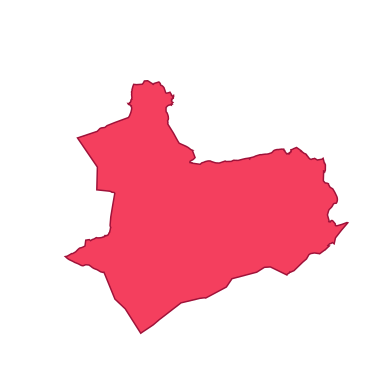 the district of Huaniqueo, Michoacán, Mexico, rotated 163°
{"feature_id": "50627088B18619680488103", "entity_name": "Huaniqueo", "entity_type": "district", "adm_level": 2, "iso_a3": "MEX", "parent_name": "Mexico", "parent_adm1": "Michoacán", "projection": "robinson", "projection_center": [-101.528, 19.878], "detail": "fine", "context": "isolated", "style": "filled", "palette": "rose", "viewbox_px": 384, "rotation_deg": 163, "n_neighbors": 0, "source": "geoboundaries", "source_scale": "gbopen_adm2", "svg_char_len": 5768}
<svg xmlns="http://www.w3.org/2000/svg" viewBox="0 0 384 384"><g transform="rotate(163 192 192)"><path d="M285.7,277.2L275.2,243.5L282.4,221.9L270.6,216.9L269.6,216.2L269.1,215.8L268.7,215.2L267.5,214.7L267.2,214.6L266.5,214.2L266.4,213.9L266.2,213.3L266.9,212.0L272.2,201.5L277.0,191.8L280.0,184.3L280.2,183.5L280.1,181.7L280.5,181.4L280.7,180.8L281.0,180.4L281.3,179.7L282.2,178.3L282.3,177.8L283.0,177.4L284.6,175.6L285.0,175.6L285.5,175.3L286.4,175.2L286.7,175.5L287.3,175.5L287.6,175.2L288.0,175.4L288.1,175.7L288.8,175.3L289.0,174.9L290.1,174.9L290.4,175.0L290.6,174.8L291.7,174.9L293.4,175.1L295.0,175.5L296.2,175.9L296.6,176.3L297.2,176.3L298.6,175.9L299.8,175.7L301.3,175.7L303.2,175.1L303.3,175.2L304.1,176.5L307.7,177.0L310.1,171.7L311.3,171.4L313.4,171.1L316.0,171.2L317.8,170.4L320.7,168.8L324.1,168.0L325.3,168.3L326.6,167.9L330.2,167.1L332.0,167.3L330.6,164.9L329.1,163.1L326.1,160.4L324.8,159.0L321.7,156.5L319.3,154.1L317.8,153.3L314.8,153.5L311.9,152.3L310.6,150.7L309.3,148.8L308.0,147.4L305.4,145.4L302.7,142.4L300.6,141.1L299.7,141.1L299.5,139.6L297.0,112.1L290.0,99.8L282.3,71.9L281.2,72.3L267.9,76.3L260.6,79.5L234.9,89.2L215.5,88.0L211.0,87.2L209.9,86.6L186.9,91.1L179.1,97.4L153.5,96.4L144.8,98.8L138.9,97.4L125.5,84.9L125.0,85.5L124.6,85.7L123.0,86.0L122.3,86.5L121.9,86.9L121.4,86.5L117.4,87.0L106.7,92.5L102.1,94.5L98.5,97.9L96.6,98.4L92.7,97.9L88.9,96.1L88.6,96.1L88.0,95.6L82.1,97.7L81.9,97.6L76.5,100.3L77.6,101.1L75.4,102.3L74.5,102.1L72.5,102.6L71.2,100.9L69.0,104.8L68.2,106.2L60.2,111.8L52.0,117.0L52.7,117.5L58.2,117.2L63.4,117.3L64.6,118.0L64.3,119.6L65.1,121.6L65.8,123.2L66.5,123.9L67.4,123.9L68.4,123.0L69.1,123.3L69.4,123.3L69.9,123.7L69.3,124.5L69.2,130.5L67.0,133.9L66.0,135.1L63.5,136.4L62.7,136.9L61.5,137.9L60.6,138.9L60.2,139.2L59.7,139.4L59.2,139.4L58.8,139.4L57.8,139.2L57.5,139.1L57.2,139.2L57.0,139.4L56.7,139.6L56.4,140.0L55.7,141.0L55.3,141.9L55.1,142.5L55.0,142.9L54.9,143.7L54.8,144.6L54.9,145.8L55.1,147.1L55.4,149.1L55.7,150.7L56.5,153.9L57.8,155.3L58.7,156.5L58.9,157.7L59.1,158.4L59.2,158.7L59.1,160.0L60.3,160.9L60.4,161.1L61.6,161.5L62.0,161.8L63.1,164.1L62.8,165.3L60.1,173.2L60.0,173.6L59.2,173.1L59.1,172.6L58.1,173.9L56.5,178.9L56.7,180.8L57.0,180.9L56.8,185.3L56.8,185.9L57.5,185.6L57.8,185.4L58.4,185.4L61.4,185.8L62.7,185.9L63.0,186.2L64.9,188.3L65.2,188.2L65.7,188.3L66.3,188.3L66.8,188.4L67.1,188.5L67.9,188.4L68.4,188.3L68.6,188.3L68.8,188.5L69.5,189.0L69.8,189.7L70.3,190.4L70.5,190.7L70.7,191.6L70.9,192.2L71.1,192.6L71.2,192.9L71.6,193.4L71.5,193.5L71.6,194.4L72.3,195.3L73.4,196.1L74.1,197.1L75.6,198.9L75.2,198.9L75.5,199.5L79.0,204.0L81.3,203.8L82.4,203.7L83.4,203.4L84.2,203.4L84.8,203.5L85.0,203.5L85.0,202.7L85.1,202.4L85.5,202.3L85.6,202.1L85.6,201.9L85.4,201.7L85.5,201.5L85.8,201.3L87.3,201.2L87.2,200.6L87.3,200.4L87.8,200.1L88.2,200.0L88.4,200.1L88.5,200.3L88.5,200.5L88.9,200.7L89.1,200.5L89.3,200.5L89.5,200.6L89.7,200.8L90.3,200.8L90.4,201.1L90.5,201.5L90.9,202.5L91.0,202.9L91.2,203.2L91.2,203.5L91.2,203.9L91.5,204.2L91.3,204.6L91.5,205.0L91.7,204.9L91.9,205.1L91.9,205.3L91.7,206.1L92.1,206.3L93.4,206.6L93.7,206.8L94.9,207.0L96.4,207.3L97.0,207.3L98.0,207.7L98.6,207.8L99.6,207.8L100.2,207.9L100.8,207.8L101.4,207.6L101.6,207.7L101.8,207.6L102.3,207.4L102.8,207.0L104.0,206.4L104.8,206.2L106.6,206.2L107.6,206.1L109.6,206.4L111.0,206.8L113.2,207.2L114.8,207.4L115.1,207.5L115.6,207.7L116.4,207.8L120.6,207.8L121.4,207.7L121.7,207.6L121.9,207.6L123.2,207.5L124.3,207.6L126.3,207.7L126.6,207.5L127.2,206.7L127.8,207.6L127.5,207.8L128.4,207.9L129.0,208.0L130.9,208.3L133.7,208.5L138.6,208.7L143.0,210.2L145.5,209.8L150.5,211.2L151.2,211.9L157.2,211.7L157.3,211.7L157.8,211.8L159.1,212.3L160.0,212.6L160.9,213.0L161.2,213.2L161.7,213.5L164.6,215.5L164.9,215.9L165.4,216.3L167.5,217.0L168.9,217.1L170.4,217.2L171.8,217.0L174.1,217.0L174.6,216.8L176.1,216.1L183.4,219.5L183.3,219.8L185.4,220.8L185.2,221.2L185.1,221.7L184.9,221.9L183.0,222.4L181.8,222.6L180.6,223.1L179.0,224.0L179.0,224.3L179.5,231.8L179.4,231.8L180.7,232.9L182.5,235.5L183.8,236.9L190.0,242.4L190.6,244.6L190.9,245.9L192.5,253.6L195.2,263.8L195.3,264.3L195.0,264.6L195.0,265.0L194.7,265.4L194.7,265.7L194.6,265.9L194.7,266.1L194.6,266.4L194.6,266.6L194.6,267.2L193.6,268.1L193.5,268.3L193.1,269.0L192.6,271.3L192.6,273.2L192.7,274.9L193.3,276.3L192.7,278.6L192.0,280.5L190.0,281.6L188.6,281.8L188.4,281.8L187.6,281.6L187.2,281.8L186.6,281.3L186.6,281.6L185.8,281.6L186.1,281.9L186.1,282.1L184.9,282.7L184.1,283.2L184.5,283.5L185.1,285.1L184.7,285.4L184.5,285.7L184.3,285.9L184.4,286.7L184.0,286.7L183.7,286.7L183.0,287.0L182.5,287.1L182.4,287.6L182.6,288.0L182.0,288.2L181.7,288.6L181.5,289.1L181.4,289.7L181.9,289.5L182.5,289.3L183.4,290.3L183.1,290.8L183.9,293.9L184.4,293.8L184.8,293.8L185.3,293.8L187.4,293.9L188.1,294.6L188.3,300.0L188.9,301.4L189.8,302.7L190.6,303.2L190.8,303.9L190.6,304.7L190.9,305.8L191.5,306.9L193.8,306.9L196.7,306.9L197.4,306.2L197.8,306.3L198.4,307.4L199.5,308.6L201.4,310.9L202.0,311.4L205.1,312.1L206.5,310.6L208.0,309.6L212.0,310.5L213.7,310.9L216.3,312.0L217.7,310.2L219.5,307.3L219.6,306.6L220.4,305.7L220.7,304.9L220.6,304.4L221.2,303.1L221.5,301.8L221.8,300.0L222.4,298.8L222.5,298.6L222.4,298.3L222.4,298.2L222.7,298.1L223.1,298.1L223.5,297.7L223.7,297.3L223.8,297.0L224.0,296.5L224.4,296.2L224.6,296.1L224.6,295.8L224.8,295.6L225.6,295.6L225.9,295.5L226.2,294.7L226.6,294.8L227.3,295.2L227.1,294.3L226.6,294.2L226.4,293.9L225.9,293.8L225.8,293.3L225.6,292.7L224.9,292.3L224.8,292.1L225.2,291.8L225.2,291.6L225.0,290.8L225.1,290.2L225.3,289.4L225.6,288.7L225.8,288.4L226.1,287.8L226.6,286.9L227.8,285.2L229.6,283.0L231.0,281.8L245.5,281.0L253.8,280.3L256.4,279.2L260.1,279.8L261.5,279.6L264.9,277.7L285.7,277.2Z" fill="#f43f5e" stroke="#9f1239" stroke-width="1.5"/></g></svg>